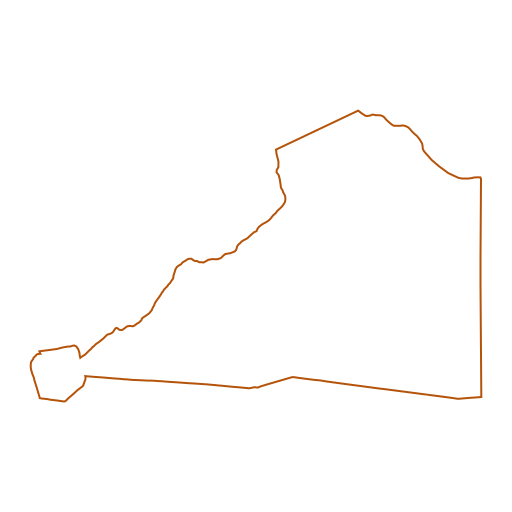 the district of Wajir East, North-Eastern, Kenya
{"feature_id": "3690345B87307909258611", "entity_name": "Wajir East", "entity_type": "district", "adm_level": 2, "iso_a3": "KEN", "parent_name": "Kenya", "parent_adm1": "North-Eastern", "projection": "albers", "projection_center": [40.38, 2.006], "detail": "fine", "context": "isolated", "style": "outline", "palette": "amber", "viewbox_px": 512, "rotation_deg": 0, "n_neighbors": 0, "source": "geoboundaries", "source_scale": "gbopen_adm2", "svg_char_len": 6039}
<svg xmlns="http://www.w3.org/2000/svg" viewBox="0 0 512 512"><path d="M33.6,357.7L33.2,359.0L31.5,361.3L30.9,362.7L30.7,366.0L30.8,367.9L31.2,370.0L32.4,374.1L34.1,378.3L34.1,379.3L36.6,387.2L38.8,394.6L39.8,398.1L41.7,398.5L45.5,398.9L48.1,399.2L50.2,399.7L57.1,400.5L61.2,401.1L63.0,401.4L64.7,401.4L65.7,400.9L68.2,398.4L75.1,392.4L76.2,391.3L77.9,389.8L81.4,387.2L82.7,386.2L83.3,385.3L84.3,382.3L85.1,380.3L85.5,378.8L85.5,377.2L85.3,376.1L87.2,376.3L92.1,376.7L99.0,377.2L104.4,377.6L114.9,378.5L119.9,378.8L123.4,379.2L127.2,379.4L132.2,379.9L135.6,380.0L141.9,380.3L147.6,380.6L151.4,380.6L154.9,380.8L158.5,381.1L161.3,381.2L168.4,381.8L175.0,382.2L180.7,382.6L188.6,383.2L194.1,383.5L203.0,384.1L207.4,384.4L211.5,384.8L215.4,385.1L217.6,385.4L221.6,385.7L232.6,386.8L237.6,387.2L240.9,387.5L244.2,387.8L246.3,388.0L249.4,388.3L250.8,388.0L252.4,387.6L255.0,387.2L256.3,387.5L258.4,387.4L260.3,386.5L261.2,386.2L266.5,384.6L279.9,380.7L291.9,377.2L293.4,377.1L298.8,377.9L314.5,379.9L320.1,380.4L326.8,381.5L342.3,383.6L382.2,388.9L382.9,388.9L452.7,398.0L455.2,398.4L457.0,398.7L458.5,398.8L464.3,398.3L470.5,397.8L476.7,397.4L481.3,397.0L480.5,284.5L480.5,258.5L481.0,178.9L480.4,177.4L477.4,177.3L473.9,177.5L472.1,178.0L468.7,178.5L462.1,178.5L458.9,178.0L455.3,176.4L448.3,173.1L439.2,166.4L437.2,164.7L431.8,160.1L424.1,151.4L422.8,149.0L422.7,147.4L422.4,144.8L422.0,143.4L419.5,139.1L416.8,135.8L414.8,134.2L411.8,131.3L409.9,129.0L408.4,127.5L406.4,126.4L404.0,125.6L402.1,125.5L400.1,125.8L394.0,125.8L392.6,125.1L390.8,123.8L386.7,120.2L383.7,116.8L381.8,115.7L379.9,115.3L377.2,115.2L375.5,115.2L373.4,114.6L371.9,114.8L370.6,115.4L368.9,115.8L366.5,116.0L365.1,115.6L361.2,113.0L358.2,110.6L276.0,149.6L276.0,149.9L276.4,151.9L276.4,153.4L277.2,156.6L277.5,158.0L278.0,159.3L278.0,160.1L278.3,160.9L278.5,162.0L278.4,163.6L278.4,167.1L278.1,167.6L276.8,169.8L276.7,170.2L276.6,171.0L276.6,172.4L277.4,173.4L278.3,174.6L278.9,175.7L279.1,176.6L279.3,177.6L279.8,179.3L280.1,181.7L280.6,184.5L280.6,185.3L280.8,185.9L280.9,187.6L281.2,188.1L281.5,188.8L282.2,189.6L282.9,191.2L283.1,192.3L284.0,193.7L284.8,195.3L285.1,196.0L285.3,197.1L285.3,198.1L285.4,199.4L285.1,201.3L284.8,202.2L284.2,203.4L283.4,204.6L282.1,206.4L279.2,209.2L278.4,209.8L277.0,211.3L276.5,211.9L276.2,212.6L275.6,213.2L274.1,214.5L272.9,215.6L271.7,217.2L270.5,218.7L269.8,219.4L269.2,220.0L268.4,220.7L267.5,221.3L265.7,222.4L264.6,223.0L263.6,223.5L262.6,224.1L261.6,224.7L260.7,225.5L259.2,226.6L258.3,227.8L257.7,228.4L257.3,229.3L257.0,230.0L256.8,230.5L256.7,230.9L256.2,231.3L255.7,231.5L255.2,231.7L254.6,232.0L254.0,232.3L253.5,232.7L250.4,235.4L250.1,235.7L248.5,237.2L247.5,238.1L246.5,238.8L245.8,239.2L245.4,239.3L245.0,239.5L244.6,239.7L243.2,240.5L242.6,240.8L242.2,241.1L241.7,241.5L241.3,241.8L239.6,243.7L239.3,243.9L238.9,244.1L238.5,244.5L238.0,245.1L237.5,245.8L237.2,246.4L237.0,247.0L236.4,249.1L236.2,249.7L235.8,250.3L235.2,251.0L234.8,251.3L234.0,251.8L230.5,253.1L230.1,253.3L229.5,253.3L227.7,253.6L226.5,253.8L225.8,254.0L225.4,254.0L224.9,254.3L224.7,254.6L224.0,255.0L223.4,255.6L222.5,256.4L221.6,257.3L221.0,258.0L219.8,258.4L218.8,258.8L218.2,259.1L217.6,259.1L216.8,259.1L216.3,259.3L215.8,259.3L214.8,259.2L213.8,259.1L213.3,259.1L211.9,259.1L211.4,259.2L210.8,259.4L210.3,259.5L209.7,259.6L209.3,259.6L208.9,259.7L208.3,259.7L207.6,260.3L207.1,260.5L206.4,260.9L204.9,261.8L204.2,262.1L203.9,262.3L203.5,262.5L203.1,262.5L202.2,262.3L201.7,262.2L201.1,262.2L200.1,262.3L199.6,262.2L199.1,262.2L198.5,261.9L197.9,261.5L197.5,261.2L197.0,261.0L196.4,261.0L195.7,261.1L194.6,260.9L194.2,260.6L193.7,260.4L192.9,259.9L192.2,259.3L191.9,259.1L191.4,258.8L191.1,258.7L189.2,258.8L188.7,258.8L187.6,259.3L186.8,259.8L185.6,260.6L183.1,262.1L182.6,262.5L182.1,262.9L181.8,263.3L181.4,263.8L181.0,264.3L180.5,264.6L179.2,265.3L178.8,265.5L178.4,265.8L177.0,266.9L176.8,267.3L176.4,267.7L176.0,268.5L175.5,269.2L174.6,272.2L174.0,274.1L173.7,275.0L173.5,275.7L173.4,276.0L173.3,277.8L173.1,278.4L172.8,279.0L172.2,279.8L171.6,280.6L171.3,281.1L170.9,281.6L170.7,282.0L170.4,282.5L170.2,282.8L169.9,283.2L168.8,284.2L168.2,284.9L167.9,285.2L167.8,285.7L167.5,286.1L167.0,286.6L166.2,287.3L165.8,287.6L165.6,288.0L165.1,288.5L164.6,289.0L164.1,289.5L163.8,289.9L163.6,290.2L163.4,290.7L163.1,291.2L162.1,292.4L161.8,292.8L161.5,293.5L160.5,295.0L160.4,295.3L160.1,295.7L159.8,296.2L159.4,296.4L159.3,296.9L156.5,300.6L156.0,301.5L155.4,302.4L154.9,303.2L154.7,303.6L154.5,304.1L154.4,304.5L154.2,305.2L154.0,305.6L153.7,306.2L153.2,306.9L152.8,307.7L152.2,309.0L152.0,309.6L151.6,310.3L151.1,311.0L150.4,311.7L150.2,312.2L149.8,312.7L148.7,313.7L148.0,314.2L146.3,315.4L142.8,317.7L142.2,318.3L141.9,318.7L141.7,319.2L141.5,319.9L141.1,320.5L139.1,322.4L138.6,322.8L137.9,323.2L137.5,323.4L137.1,323.5L136.6,323.9L136.3,324.1L135.8,324.6L135.3,324.9L134.9,325.2L134.3,325.7L133.2,326.2L132.7,326.3L132.0,326.1L131.2,326.1L129.8,325.9L129.3,325.9L128.8,326.1L128.5,326.1L127.9,326.2L127.4,326.3L126.8,326.6L126.3,326.9L125.3,327.7L123.9,328.8L123.3,329.2L122.8,329.6L122.3,329.8L121.7,330.0L120.1,329.9L119.5,329.8L119.1,329.6L117.6,328.3L117.0,328.1L116.6,327.9L116.1,328.1L115.7,328.2L115.2,328.8L114.9,329.1L113.0,332.0L112.5,332.4L112.1,332.8L111.5,333.1L110.8,333.5L110.3,333.7L109.6,334.0L109.2,334.1L108.8,334.2L108.4,334.3L108.1,334.3L107.1,334.8L104.4,337.4L103.6,338.3L102.1,339.5L100.3,341.0L98.0,342.7L96.6,343.6L95.9,344.1L94.9,345.1L94.4,345.6L93.3,346.7L92.9,346.8L92.4,347.3L92.0,347.6L91.5,348.3L91.1,348.8L88.9,350.8L86.9,352.8L85.4,354.3L85.0,354.7L84.6,354.8L83.2,355.8L82.5,356.2L81.8,356.7L81.5,356.8L80.3,357.8L79.8,356.0L79.6,354.3L79.4,352.8L78.9,351.2L78.4,349.6L77.9,348.7L76.9,347.2L76.6,346.8L76.3,346.5L75.8,346.2L75.2,345.9L74.2,345.5L72.8,345.7L72.2,345.8L71.5,346.2L71.1,346.2L69.9,346.5L68.6,346.5L67.1,346.7L63.4,347.3L59.8,348.2L56.8,349.0L39.4,351.3L39.9,352.7L40.0,353.0L40.4,353.8L37.9,354.0L36.7,354.6L35.2,356.2L33.6,357.7Z" fill="none" stroke="#b45309" stroke-width="2"/></svg>